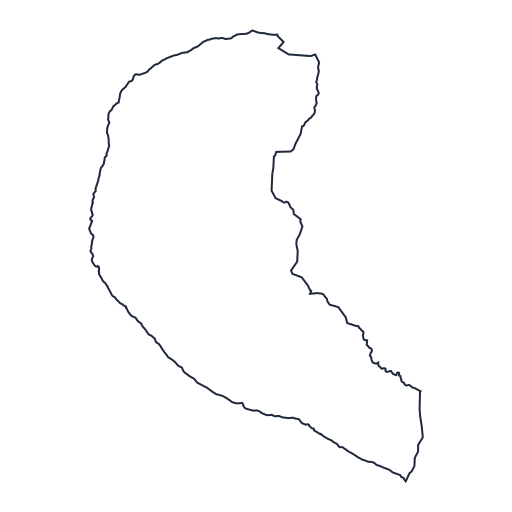 the district of West Malo, Sanma, Vanuatu
{"feature_id": "77236927B10986826820410", "entity_name": "West Malo", "entity_type": "district", "adm_level": 2, "iso_a3": "VUT", "parent_name": "Vanuatu", "parent_adm1": "Sanma", "projection": "mercator", "projection_center": [167.119, -15.678], "detail": "fine", "context": "isolated", "style": "outline", "palette": "slate", "viewbox_px": 512, "rotation_deg": 0, "n_neighbors": 0, "source": "geoboundaries", "source_scale": "gbopen_adm2", "svg_char_len": 5964}
<svg xmlns="http://www.w3.org/2000/svg" viewBox="0 0 512 512"><path d="M277.3,34.6L274.5,34.9L268.2,34.2L264.4,33.2L261.6,33.1L258.2,32.6L253.0,30.7L251.8,30.7L249.6,32.4L246.9,33.6L245.2,33.9L240.5,34.1L237.6,34.4L236.2,34.9L235.1,35.8L233.2,36.5L231.4,38.2L229.6,38.6L225.4,39.0L222.3,37.9L218.5,38.5L216.0,38.1L211.5,38.8L209.7,39.6L207.6,39.9L202.8,42.1L202.1,42.9L198.8,45.6L196.6,47.1L194.8,47.5L194.6,47.8L192.8,48.6L191.3,50.0L188.7,51.3L187.5,52.3L186.4,52.2L185.6,52.5L183.4,52.7L181.3,53.2L177.4,54.8L173.8,55.5L166.1,58.5L164.6,59.5L161.7,60.7L161.1,61.7L158.6,63.4L157.4,64.1L155.6,64.5L153.7,65.6L151.0,68.2L149.5,69.2L147.6,71.5L146.1,72.5L139.9,74.7L138.2,74.7L136.4,74.2L135.1,74.5L133.7,76.3L133.1,78.1L133.2,78.5L132.7,79.7L132.0,80.6L130.9,81.3L129.7,81.4L128.9,81.9L125.6,86.9L122.2,89.8L121.1,91.4L120.1,93.8L119.5,98.2L118.9,100.3L118.7,102.4L116.5,103.5L115.1,104.9L113.4,106.2L111.4,110.2L109.8,111.3L108.9,112.9L108.2,115.8L108.5,117.4L108.0,118.9L108.3,120.2L109.4,122.6L108.7,123.9L107.1,128.3L107.2,129.2L107.0,133.1L108.0,135.1L108.6,138.8L108.8,144.1L109.2,145.4L108.7,147.4L108.1,148.7L107.9,150.1L106.4,154.0L106.7,155.6L105.0,157.2L104.5,158.7L104.7,159.5L103.9,162.4L103.9,163.5L102.6,165.9L101.3,167.2L100.5,169.3L99.5,174.3L99.7,175.2L98.5,178.4L98.4,180.0L95.5,188.7L95.7,191.0L93.5,193.6L93.4,194.7L94.1,197.4L93.4,198.6L92.9,199.2L92.5,200.3L92.8,201.6L92.4,202.6L92.8,203.1L91.9,205.4L92.0,206.2L91.3,207.7L91.3,209.0L91.1,210.1L92.0,212.2L92.0,213.4L92.5,213.9L92.7,214.7L92.4,215.8L90.3,218.3L90.2,218.6L90.7,220.1L92.0,220.7L92.2,221.2L91.2,223.2L89.6,227.6L89.2,228.1L89.4,229.7L90.1,230.8L90.5,232.2L91.4,234.0L92.7,234.7L93.5,236.7L93.4,237.4L92.2,240.4L92.3,241.2L91.8,242.3L92.0,243.5L91.2,246.4L91.4,248.5L90.4,251.0L91.2,252.6L92.1,253.4L93.1,255.5L93.2,256.3L91.8,259.2L91.8,260.3L92.4,262.0L94.0,264.6L95.0,265.8L95.6,266.3L97.1,266.8L97.5,266.7L97.9,266.1L98.6,266.6L99.0,267.8L98.9,268.5L99.2,269.7L98.6,271.2L99.2,272.5L98.9,273.9L100.6,276.7L101.2,278.0L101.7,278.5L102.3,279.9L103.6,281.8L105.2,283.0L105.9,284.2L106.5,284.8L107.1,286.1L107.8,286.8L107.9,287.6L110.0,291.3L111.8,294.9L112.9,296.3L115.0,297.3L115.5,298.0L115.8,298.8L120.4,303.4L122.5,304.2L123.3,305.3L125.0,306.0L125.6,306.5L125.8,307.1L126.0,306.9L128.1,311.6L129.9,314.2L131.8,316.1L134.7,317.3L136.0,318.2L136.7,319.7L139.0,322.1L140.6,323.0L141.5,324.1L142.0,325.4L143.3,327.4L144.5,328.4L146.6,331.3L147.8,333.2L148.9,334.6L151.3,335.6L154.9,338.8L155.3,340.4L156.4,342.5L158.9,344.0L159.9,345.5L160.5,345.9L161.0,347.1L164.3,352.1L166.9,355.2L168.0,357.1L172.7,360.1L174.9,361.9L178.2,365.7L181.8,367.6L182.3,368.3L182.7,369.7L183.6,371.3L184.5,372.4L189.3,376.0L193.9,378.7L195.0,379.8L196.3,381.6L197.3,382.7L207.1,387.8L211.4,391.1L216.1,394.1L222.2,395.8L225.0,397.2L226.0,397.9L227.0,398.3L227.8,399.1L230.2,400.6L231.4,401.7L234.0,402.8L237.5,403.4L241.1,403.1L242.0,402.8L242.3,403.0L243.2,404.5L243.2,405.3L243.5,406.2L245.2,408.3L247.1,409.0L253.3,410.7L256.7,410.4L258.2,410.8L260.2,411.8L262.1,413.3L266.4,415.0L269.3,415.2L271.8,414.8L274.2,416.1L276.5,416.2L278.8,415.9L282.3,417.3L288.3,418.1L293.0,417.7L295.7,418.7L298.4,419.0L299.3,419.6L301.4,422.7L302.8,423.5L305.8,424.7L307.4,424.2L308.5,424.5L309.1,424.9L309.1,425.7L309.6,426.3L311.7,428.0L312.7,428.6L313.8,428.7L314.1,430.3L314.6,430.8L316.7,431.9L319.6,433.8L320.3,434.1L320.5,433.8L321.2,434.0L321.9,435.0L324.7,437.0L327.9,438.8L332.0,440.7L333.1,441.8L337.1,444.1L339.4,447.0L340.3,447.2L341.9,447.1L343.0,447.5L344.1,448.5L345.9,449.5L347.7,451.0L350.3,452.5L351.3,452.9L358.9,457.8L362.6,459.8L364.6,460.3L368.4,461.8L371.5,461.9L373.1,462.4L374.6,463.1L376.5,465.0L379.8,465.9L381.6,466.7L382.7,467.3L388.6,469.5L389.6,470.0L392.8,472.5L400.1,475.0L401.3,477.0L403.6,477.9L404.0,479.2L405.7,481.3L409.6,473.0L411.6,471.5L414.4,466.1L414.8,457.8L418.1,451.5L418.1,445.1L422.8,437.3L421.7,426.1L420.2,416.4L419.6,409.1L420.0,392.3L420.6,391.3L415.1,388.3L412.3,387.4L409.1,384.9L406.5,385.5L405.7,385.4L404.3,383.8L404.0,382.9L401.7,381.6L400.6,377.6L400.5,376.2L399.1,375.5L399.2,373.8L399.0,372.8L398.7,372.6L397.8,372.5L397.0,373.0L396.7,374.6L396.1,375.2L393.1,374.0L392.4,372.9L391.5,372.1L391.2,371.2L390.9,371.0L390.1,371.0L387.3,371.9L385.7,371.4L385.4,370.1L385.7,369.0L385.4,368.6L383.9,368.1L383.6,368.4L382.3,368.7L381.1,368.4L380.6,367.4L378.8,366.0L378.5,365.6L378.2,363.6L378.2,362.6L376.3,363.7L373.4,362.9L372.7,362.4L371.6,360.1L371.1,357.0L369.9,355.7L369.9,355.3L370.6,353.2L371.7,351.5L371.9,350.4L371.7,349.5L371.4,348.7L369.2,347.7L368.6,346.5L367.7,345.9L366.8,344.9L366.8,343.6L367.2,340.7L367.1,340.3L366.3,340.1L365.0,340.2L363.6,339.3L363.3,337.1L362.8,335.7L363.2,334.5L363.5,332.2L363.3,331.7L360.9,329.8L360.2,328.6L359.0,327.8L358.4,326.2L356.5,326.1L347.2,323.0L345.8,317.4L338.3,307.1L329.7,304.7L328.2,302.6L327.3,301.0L327.1,299.8L326.6,298.5L324.8,296.5L324.2,295.4L323.0,294.2L322.1,293.7L317.4,293.1L310.0,293.8L311.5,290.0L310.6,291.2L307.8,285.4L301.7,277.3L292.5,273.9L291.0,270.6L297.2,261.6L297.7,250.9L296.3,244.3L296.7,239.8L299.7,234.6L302.4,226.5L300.2,221.4L300.7,219.2L293.8,214.0L293.5,210.7L292.9,209.4L292.0,208.7L290.2,206.8L289.8,205.5L288.2,202.4L286.9,201.8L286.2,201.7L285.1,202.5L284.6,202.6L283.8,202.4L282.7,201.9L281.6,201.0L275.6,198.2L271.6,190.7L272.3,173.8L273.3,168.3L273.9,156.6L274.4,156.5L275.4,154.6L276.3,151.9L290.7,151.5L293.4,149.4L295.4,144.0L300.7,133.7L302.0,126.4L303.3,126.2L304.0,125.3L305.4,122.3L308.0,120.3L309.1,118.8L311.1,117.6L312.2,116.0L314.0,114.1L314.7,112.5L315.0,110.5L314.3,107.8L314.4,107.1L315.7,105.7L316.6,103.2L316.0,98.8L316.2,96.8L316.5,95.9L318.2,94.5L318.7,93.1L318.1,91.2L316.8,88.9L317.0,88.0L316.7,87.1L317.3,84.8L317.2,84.0L316.2,82.1L317.0,79.7L317.0,78.8L317.3,77.3L318.3,74.0L318.8,70.7L318.0,67.6L319.1,62.3L315.2,54.5L310.6,56.1L288.6,54.4L278.4,48.1L283.6,42.0L277.5,35.9L277.3,34.6Z" fill="none" stroke="#1e293b" stroke-width="2"/></svg>